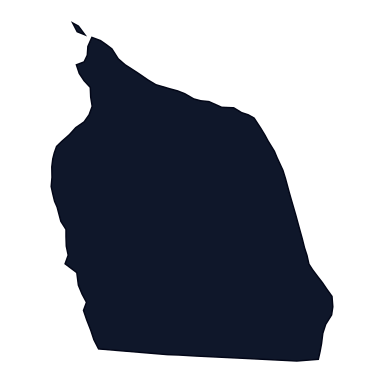 outline of Abaiara, Ceará, Brazil
{"feature_id": "56859067B4829762701290", "entity_name": "Abaiara", "entity_type": "district", "adm_level": 2, "iso_a3": "BRA", "parent_name": "Brazil", "parent_adm1": "Ceará", "projection": "albers", "projection_center": [-39.042, -7.344], "detail": "fine", "context": "isolated", "style": "filled", "palette": "ink", "viewbox_px": 384, "rotation_deg": 0, "n_neighbors": 0, "source": "geoboundaries", "source_scale": "gbopen_adm2", "svg_char_len": 1250}
<svg xmlns="http://www.w3.org/2000/svg" viewBox="0 0 384 384"><path d="M318.3,359.3L320.0,351.8L321.5,343.8L322.8,333.3L325.7,324.3L331.6,314.9L332.8,306.8L332.0,296.4L326.9,289.3L322.5,282.8L317.7,276.6L312.6,269.8L308.9,264.1L307.0,255.5L304.5,247.8L302.2,238.6L299.7,229.6L295.9,215.6L293.7,208.0L291.4,200.1L289.2,192.4L287.4,185.7L285.5,178.7L282.9,170.3L277.0,157.6L274.4,151.3L268.0,140.9L265.0,135.3L260.9,128.5L254.1,118.1L248.2,114.8L241.5,112.6L233.7,107.8L221.6,107.3L208.9,101.6L200.8,100.8L193.7,98.9L184.9,93.8L177.6,90.9L169.8,88.8L155.8,84.7L147.7,79.8L138.4,73.4L131.5,68.9L125.1,64.8L118.2,58.8L111.9,48.9L106.5,44.8L100.5,40.6L91.9,37.4L87.9,46.4L87.3,55.2L84.1,61.9L76.4,64.8L79.3,73.5L84.1,80.7L90.3,87.4L90.7,97.0L92.2,106.3L89.1,114.8L84.1,121.9L75.8,127.6L69.5,134.6L61.9,141.3L56.6,146.4L54.3,152.9L52.8,158.8L51.8,166.9L52.0,177.3L51.2,186.5L52.8,193.9L54.6,201.3L57.1,207.0L60.9,221.4L66.0,229.4L66.0,236.7L66.3,246.2L68.2,255.2L65.1,263.8L76.8,272.6L78.4,285.2L82.1,294.1L86.5,302.3L83.5,310.4L86.7,319.8L90.7,330.0L93.9,339.7L98.6,348.9L167.2,354.6L178.9,355.0L195.7,356.0L241.5,358.2L296.8,361.0L318.3,359.3ZM84.9,34.8L78.4,26.1L72.7,23.0L77.2,31.7L84.9,34.8Z" fill="#0f172a" stroke="#020617" stroke-width="1.5"/></svg>